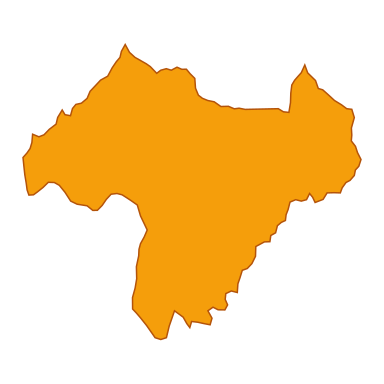 Mendonça, São Paulo, Brazil
{"feature_id": "56859067B44337407830126", "entity_name": "Mendonça", "entity_type": "district", "adm_level": 2, "iso_a3": "BRA", "parent_name": "Brazil", "parent_adm1": "São Paulo", "projection": "equal_earth", "projection_center": [-49.571, -21.202], "detail": "fine", "context": "isolated", "style": "filled", "palette": "amber", "viewbox_px": 384, "rotation_deg": 0, "n_neighbors": 0, "source": "geoboundaries", "source_scale": "gbopen_adm2", "svg_char_len": 2122}
<svg xmlns="http://www.w3.org/2000/svg" viewBox="0 0 384 384"><path d="M189.8,327.6L191.6,321.5L197.7,322.2L203.0,323.4L210.1,324.8L212.0,318.2L207.9,310.8L213.0,307.2L218.1,309.8L224.9,309.9L227.6,304.9L225.2,299.4L225.8,293.6L231.3,291.0L237.3,292.5L237.9,283.8L240.0,277.7L242.3,270.3L247.3,268.5L251.9,263.6L255.5,256.3L255.8,246.5L264.4,241.9L269.9,241.7L270.8,235.5L275.6,232.8L277.4,225.7L281.3,222.4L285.4,220.5L286.1,214.7L288.1,209.5L290.0,202.1L295.7,199.7L301.3,201.1L306.5,199.7L309.6,193.5L312.6,197.2L315.1,202.5L323.1,199.4L327.1,192.9L334.0,192.7L340.3,192.9L342.2,187.8L346.0,182.5L350.0,180.4L354.3,175.5L355.4,170.0L358.8,166.3L361.0,159.5L357.5,152.6L355.5,146.4L351.3,140.9L351.8,135.1L351.4,128.0L354.3,117.6L351.8,109.3L346.7,108.7L341.5,104.8L334.5,100.5L328.1,94.6L322.7,89.8L318.3,88.5L315.5,80.5L307.7,72.9L304.8,65.0L301.3,72.7L297.8,76.6L294.6,80.3L291.8,85.0L290.8,93.2L290.5,102.6L288.9,112.4L283.4,111.8L278.3,108.7L245.2,109.4L239.1,108.2L234.3,108.8L228.4,106.3L220.9,106.5L214.2,101.8L207.8,100.5L202.4,98.3L198.4,95.2L195.5,88.2L194.8,78.4L190.0,73.6L186.4,69.2L181.8,69.3L177.0,67.2L171.3,70.2L166.3,68.7L160.8,70.2L156.7,73.3L150.3,66.6L146.3,63.8L141.9,61.3L135.0,57.4L129.5,52.4L125.2,44.5L121.4,51.4L120.0,57.4L116.4,61.6L112.2,67.8L107.7,76.2L100.6,80.1L95.0,86.1L90.1,91.3L87.1,98.4L81.4,103.2L75.9,104.4L72.5,108.5L70.5,115.7L65.0,114.7L62.2,110.0L57.7,117.4L56.1,124.1L49.3,129.3L44.0,134.8L38.9,136.8L32.6,134.2L31.9,142.5L30.1,148.5L26.9,153.1L23.0,157.5L23.8,165.4L24.8,174.7L26.2,183.1L27.1,189.9L28.9,195.1L33.5,194.8L37.2,192.1L43.1,187.4L48.3,182.3L54.3,182.5L59.3,185.3L65.0,192.3L70.7,201.1L77.1,204.2L87.1,205.8L92.8,210.4L97.4,210.3L102.2,205.4L106.3,199.4L111.1,194.2L117.0,193.5L122.1,194.8L126.8,197.8L130.9,200.5L137.3,205.0L140.5,215.9L144.6,224.5L147.2,230.0L144.2,237.0L140.5,243.7L139.0,249.3L138.7,255.8L136.4,266.7L136.7,278.7L135.1,288.2L132.5,297.6L132.6,309.0L136.1,312.7L140.3,317.6L146.6,325.5L155.1,337.7L160.8,339.5L166.4,337.7L169.2,326.1L174.5,310.8L183.2,317.2L186.8,323.6L189.8,327.6Z" fill="#f59e0b" stroke="#b45309" stroke-width="1.5"/></svg>